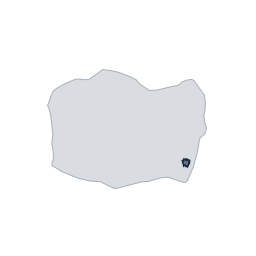 Mafeteng, Mafeteng, Lesotho (highlighted), rotated 224°
{"feature_id": "5366337B69820143482286", "entity_name": "Mafeteng", "entity_type": "district", "adm_level": 2, "iso_a3": "LSO", "parent_name": "Lesotho", "parent_adm1": "Mafeteng", "projection": "albers", "projection_center": [27.27, -29.817], "detail": "fine", "context": "in_parent", "style": "filled", "palette": "slate", "viewbox_px": 256, "rotation_deg": 224, "n_neighbors": 0, "source": "geoboundaries", "source_scale": "gbopen_adm2", "svg_char_len": 2963}
<svg xmlns="http://www.w3.org/2000/svg" viewBox="0 0 256 256"><g transform="rotate(224 128 128)"><path d="M162.1,166.4L156.1,168.2L155.2,168.4L151.3,167.9L146.2,168.3L142.1,169.3L138.9,169.7L133.7,175.1L124.2,190.0L121.7,193.1L121.0,198.9L118.8,203.5L116.1,207.1L113.5,208.0L105.7,206.5L95.8,204.6L90.0,200.1L84.8,194.1L82.1,189.8L79.3,187.5L78.3,186.2L74.3,184.2L72.7,183.1L71.4,182.4L69.7,179.6L68.8,177.1L69.2,170.2L66.3,166.1L61.4,159.0L58.3,153.3L54.0,145.4L51.4,138.7L48.7,131.7L49.0,128.7L51.6,126.7L59.2,123.1L65.1,120.4L69.3,115.5L73.9,108.0L76.2,103.6L78.4,101.6L80.9,98.4L85.2,91.5L90.0,83.7L95.1,75.4L101.6,73.0L110.4,70.3L119.0,63.1L129.1,57.1L145.5,50.6L153.2,49.0L156.1,48.0L157.9,49.3L159.8,53.1L162.5,56.4L168.9,62.0L171.6,63.4L178.1,71.6L185.1,77.4L193.2,84.0L198.7,87.3L201.5,88.2L203.8,94.0L206.1,98.3L207.3,102.3L207.0,106.2L204.3,115.7L200.3,125.3L197.3,129.3L193.6,131.8L189.9,135.6L188.4,143.4L186.7,152.5L182.0,156.2L178.3,158.6L173.3,161.6L162.1,166.4Z" fill="#d9dde1" stroke="#a8b0b8" stroke-width="1"/><path d="M61.6,139.7L61.6,139.8L61.5,140.0L61.5,140.3L61.6,140.5L61.4,140.8L61.2,140.9L61.1,141.0L60.8,141.1L60.7,141.2L60.4,141.2L60.3,140.9L60.2,140.7L59.9,140.4L59.7,140.7L59.5,140.9L59.4,141.0L59.2,141.1L59.0,141.3L58.9,141.4L58.7,141.4L58.4,141.4L58.2,141.3L58.2,141.5L58.3,141.6L58.3,141.8L58.3,142.0L58.5,142.2L58.5,142.3L58.6,142.6L58.6,142.8L58.9,143.1L58.9,143.3L59.0,143.4L59.0,143.5L59.1,143.9L59.1,144.1L59.2,144.5L59.3,144.8L59.2,145.1L59.3,145.2L59.5,145.2L59.5,145.3L59.6,145.5L59.7,145.4L59.8,145.3L60.0,145.4L60.1,145.5L60.3,145.6L60.5,145.7L60.6,145.8L60.6,145.7L60.7,145.8L60.7,146.0L60.9,146.6L61.0,147.0L60.9,147.2L60.9,147.3L61.0,147.4L61.1,147.5L61.2,147.4L61.3,147.3L61.2,147.2L61.3,147.2L61.5,147.0L61.5,146.9L61.5,147.0L61.8,147.0L62.0,147.0L62.3,147.1L62.4,146.9L62.5,146.8L62.5,146.7L62.8,146.7L63.0,146.7L62.9,146.4L63.1,146.4L63.2,146.5L63.4,146.4L63.5,146.4L63.8,146.4L64.0,146.4L64.0,146.5L64.2,146.4L64.2,146.2L64.3,146.2L64.4,145.9L64.3,145.7L64.3,145.8L64.3,145.7L64.2,145.7L64.3,145.7L64.2,145.6L64.3,145.6L64.2,145.6L64.3,145.6L64.2,145.5L64.3,145.5L64.3,145.4L64.2,145.4L64.3,145.4L64.2,145.3L64.2,145.1L64.3,145.1L64.6,145.0L64.8,145.0L65.0,145.0L65.1,144.9L65.3,144.7L65.5,144.7L65.8,144.7L66.0,144.6L66.0,144.4L66.1,144.5L66.3,144.5L66.4,144.4L66.2,144.2L65.9,144.0L65.9,143.9L65.8,143.7L65.7,143.6L65.8,143.5L65.7,143.4L65.8,143.4L65.8,143.2L65.9,142.9L66.0,142.9L66.1,142.7L66.2,142.4L65.9,142.4L65.7,142.4L65.7,142.2L65.8,142.1L65.8,141.9L65.7,141.8L65.7,141.7L65.8,141.5L65.8,141.4L65.8,141.5L65.7,141.5L65.4,141.4L65.2,141.4L65.0,141.5L64.8,141.4L64.5,141.4L64.4,141.3L64.3,141.2L64.2,141.2L63.9,141.0L63.9,140.9L63.7,140.8L63.7,140.7L63.4,140.5L63.3,140.4L63.2,140.3L63.1,140.2L62.9,140.2L62.7,140.2L62.4,140.3L62.4,140.2L62.4,140.3L62.4,140.2L62.2,140.0L62.1,139.9L62.1,140.0L62.1,139.9L61.9,139.8L61.7,139.8L61.6,139.7Z" fill="#64748b" stroke="#1e293b" stroke-width="1.5"/></g></svg>